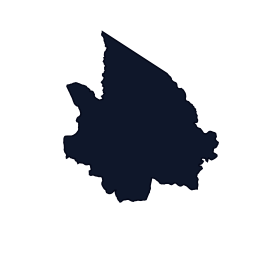 Carbonita, Minas Gerais, Brazil, rotated 141°
{"feature_id": "56859067B13001741051446", "entity_name": "Carbonita", "entity_type": "district", "adm_level": 2, "iso_a3": "BRA", "parent_name": "Brazil", "parent_adm1": "Minas Gerais", "projection": "orthographic", "projection_center": [-43.039, -17.512], "detail": "fine", "context": "isolated", "style": "filled", "palette": "ink", "viewbox_px": 256, "rotation_deg": 141, "n_neighbors": 0, "source": "geoboundaries", "source_scale": "gbopen_adm2", "svg_char_len": 5198}
<svg xmlns="http://www.w3.org/2000/svg" viewBox="0 0 256 256"><g transform="rotate(141 128 128)"><path d="M66.6,94.1L66.3,96.0L65.8,97.3L64.9,97.9L64.8,99.1L63.8,100.2L64.2,101.8L63.7,103.2L64.1,104.3L63.6,105.3L63.8,106.3L64.4,107.4L64.4,109.0L64.5,110.4L65.2,111.3L65.8,112.4L65.7,113.7L65.0,114.9L63.6,116.1L62.7,117.4L62.2,118.3L61.8,119.3L61.6,120.8L61.3,122.6L61.6,123.9L61.8,125.1L62.7,125.5L63.6,126.3L64.3,127.3L64.2,128.6L63.8,129.8L63.1,130.7L62.6,131.7L62.5,132.9L63.1,134.2L63.7,135.0L63.9,136.3L64.1,137.9L63.3,139.4L63.1,140.9L63.4,142.5L63.5,144.1L63.5,145.8L70.7,167.9L87.3,218.9L88.1,218.0L89.2,217.5L89.9,216.3L89.6,214.6L90.0,213.0L90.7,211.7L91.5,210.8L91.9,209.2L92.5,208.1L92.8,206.6L93.9,205.9L93.8,204.9L93.2,203.6L93.9,202.7L95.1,202.7L95.7,201.7L97.1,201.7L98.3,201.4L99.3,200.5L100.4,199.4L101.1,197.6L102.5,197.7L102.7,196.3L104.1,195.7L105.3,195.1L105.2,193.6L106.0,192.7L105.9,191.3L106.6,189.8L107.8,189.8L108.4,189.0L109.1,188.1L109.5,186.7L111.1,186.3L112.1,185.4L113.7,185.9L114.6,184.8L114.7,183.7L114.4,182.6L115.0,181.7L116.5,181.0L117.5,180.5L118.5,180.5L119.8,180.2L119.8,179.1L119.9,178.0L120.0,177.0L121.2,176.6L120.8,175.2L121.4,173.9L122.7,173.4L123.7,172.9L123.9,171.7L124.6,170.9L124.1,169.7L125.7,169.3L127.2,168.9L128.5,169.2L128.6,168.2L128.7,166.9L129.6,166.2L130.8,166.8L132.1,167.2L132.9,167.8L133.5,169.2L133.8,170.2L134.3,171.5L134.5,173.0L134.1,174.3L133.1,175.4L133.0,176.5L132.6,177.5L132.6,178.5L133.1,179.4L134.4,180.4L133.8,181.7L134.0,183.5L134.6,185.0L134.5,186.7L135.1,187.8L135.7,188.9L136.7,190.0L137.5,191.5L138.1,192.8L138.8,193.8L139.3,194.8L140.1,195.9L141.2,196.4L142.6,197.1L144.0,197.2L144.9,197.9L145.9,198.1L146.8,198.6L148.2,199.4L149.2,198.8L149.5,197.6L149.8,196.2L150.2,194.7L150.5,193.4L150.7,192.1L151.1,191.0L151.5,189.4L151.9,187.6L152.2,186.4L152.5,185.4L152.9,184.4L153.3,183.3L153.7,182.0L154.1,180.7L154.1,179.2L153.7,177.5L153.0,176.6L152.9,175.4L153.6,174.0L153.9,172.3L154.3,171.2L154.9,169.9L155.7,168.6L156.8,167.8L157.8,167.5L159.0,167.5L160.1,167.7L161.2,167.5L162.1,167.0L163.4,166.1L163.6,165.0L162.8,163.9L163.1,162.6L164.0,161.7L164.9,160.4L165.9,159.6L166.4,158.6L167.1,157.8L168.0,157.1L169.2,156.8L170.2,156.5L171.6,156.2L172.7,156.2L173.8,156.3L175.4,156.5L177.1,157.2L178.3,158.2L179.3,159.0L180.5,159.9L181.4,160.6L182.4,161.0L183.6,160.5L184.6,159.7L185.7,158.3L187.0,157.0L187.6,155.8L188.0,154.9L188.8,153.8L189.9,152.3L191.0,151.3L191.6,150.1L192.1,148.8L192.1,146.8L192.8,145.2L194.0,144.5L194.7,143.3L193.5,143.0L192.2,143.3L191.3,142.6L191.1,141.0L190.3,140.0L189.8,139.0L188.6,137.7L189.0,136.5L189.1,135.3L188.5,134.4L188.8,133.3L189.2,132.0L187.6,131.8L186.6,130.8L185.2,129.4L184.6,128.3L184.4,127.3L184.0,126.4L183.1,125.5L182.1,124.9L181.1,124.4L180.6,123.5L180.6,122.3L181.5,121.0L182.2,119.5L182.8,118.6L183.9,118.4L185.1,118.8L185.7,118.0L186.3,117.1L187.2,116.0L186.6,114.6L185.1,114.0L184.3,113.3L183.8,112.2L183.0,111.0L182.1,110.1L181.2,108.7L179.7,107.6L178.9,106.3L179.4,104.9L180.0,103.9L180.8,102.6L182.4,101.9L183.5,100.8L184.0,99.4L184.3,97.7L184.5,96.4L184.5,95.3L184.0,94.0L184.7,92.5L185.1,91.3L184.6,90.2L184.0,89.1L182.9,88.3L181.8,87.9L180.6,87.8L179.4,88.0L177.5,88.0L176.7,87.2L177.8,86.6L178.6,85.4L179.3,83.8L179.8,82.5L179.6,81.3L180.2,80.3L180.7,78.4L180.6,76.9L180.7,75.5L179.5,75.1L178.2,75.2L176.5,75.0L175.4,74.1L174.4,73.6L173.4,73.1L172.3,72.2L171.7,70.7L171.1,69.3L170.0,67.8L168.8,67.6L167.7,66.9L166.7,66.3L165.7,66.0L164.5,64.7L163.5,63.7L162.3,63.1L161.3,62.6L160.4,61.7L159.0,61.1L157.7,61.8L156.5,62.5L155.2,63.2L154.3,63.7L153.4,64.2L151.8,64.8L151.0,65.8L150.0,66.2L148.9,66.9L148.1,68.0L147.3,69.2L146.4,69.9L145.5,70.7L144.6,71.4L143.7,72.1L142.9,72.8L142.1,73.6L140.9,74.3L140.0,73.7L139.3,72.6L138.6,71.3L138.4,69.7L138.1,68.6L137.7,67.5L137.7,66.5L137.8,65.0L137.1,63.7L136.1,63.0L134.9,61.8L133.5,61.4L132.5,60.5L131.6,59.9L130.9,59.0L130.4,57.5L129.6,56.6L128.2,56.4L127.1,56.2L126.1,56.1L125.4,55.1L125.1,54.1L124.9,52.5L124.3,50.8L123.4,49.8L122.4,49.5L121.0,49.4L119.9,48.8L119.5,47.7L118.9,46.7L118.5,45.5L118.3,44.0L118.1,42.3L117.7,41.0L117.1,39.9L115.8,39.4L114.7,38.6L113.6,38.1L112.5,37.1L111.7,38.2L110.5,39.1L109.3,40.3L108.6,41.8L107.7,42.9L106.0,44.0L105.6,45.5L105.7,46.7L105.1,47.5L104.1,48.1L102.9,49.1L101.7,48.9L100.4,49.4L99.0,49.8L97.5,49.8L95.9,49.8L95.4,51.3L95.5,52.4L96.5,53.4L96.4,54.5L95.2,54.9L94.3,54.2L93.0,54.0L91.6,54.3L90.4,54.8L90.9,55.9L91.9,56.7L90.9,57.3L89.9,58.0L88.5,57.8L88.0,56.8L87.2,56.1L87.0,55.0L87.8,53.5L87.4,52.0L86.4,52.7L85.6,53.6L84.4,53.9L83.8,53.0L83.6,51.9L83.1,50.8L81.9,50.4L80.7,50.2L79.4,50.0L77.9,50.0L76.8,50.1L76.0,51.0L76.3,52.4L76.7,53.6L77.4,54.7L77.3,55.8L76.5,56.5L75.4,57.5L74.4,58.5L73.3,58.1L71.9,57.7L70.6,58.0L69.5,58.6L68.3,59.0L67.0,60.1L67.4,61.4L67.5,62.5L67.5,63.8L66.7,65.1L65.0,65.7L64.0,67.5L63.4,68.7L63.9,70.0L64.8,71.2L65.5,72.6L66.4,73.7L67.4,74.1L68.8,74.0L70.2,74.0L71.6,74.7L72.5,75.9L72.7,77.2L72.5,78.3L72.4,79.4L72.4,80.7L72.4,82.0L73.1,83.0L73.8,84.2L74.1,85.2L73.9,86.3L73.5,87.5L73.6,88.9L73.9,90.3L72.6,90.5L71.4,89.5L70.4,89.2L69.6,89.8L68.9,90.6L68.6,91.9L67.8,93.3L66.6,94.1Z" fill="#0f172a" stroke="#020617" stroke-width="1.5"/></g></svg>